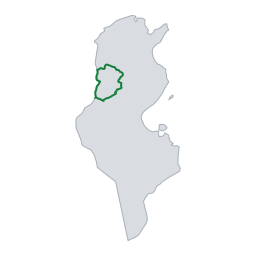 location of Kassérine within Tunisia
{"feature_id": "TUN-110", "entity_name": "Kassérine", "entity_type": "Governorate", "adm_level": 1, "iso_a3": "TUN", "parent_name": "Tunisia", "parent_adm1": "", "projection": "natural_earth1", "projection_center": [8.892, 35.211], "detail": "fine", "context": "in_parent", "style": "outline", "palette": "green", "viewbox_px": 256, "rotation_deg": 0, "n_neighbors": 0, "source": "natural_earth", "source_scale": "10m", "svg_char_len": 3984}
<svg xmlns="http://www.w3.org/2000/svg" viewBox="0 0 256 256"><path d="M179.2,147.0L179.1,147.8L178.3,153.8L178.1,156.0L178.0,159.7L178.0,164.1L180.1,167.8L180.1,169.5L179.4,171.4L175.6,173.5L170.7,176.3L166.5,179.0L161.9,181.9L160.5,183.8L158.2,185.3L156.3,186.7L155.9,188.1L154.6,190.7L152.8,192.8L148.4,193.8L147.6,194.5L145.6,197.6L144.7,198.9L143.5,201.5L145.0,208.2L146.9,215.2L147.3,218.1L147.2,220.5L146.2,223.1L143.9,226.8L142.2,229.5L138.9,234.4L137.9,235.6L135.6,237.1L131.2,239.0L128.1,240.6L126.5,233.2L125.1,226.8L124.0,221.5L122.1,212.2L120.4,204.3L118.7,196.5L117.2,189.3L115.7,182.2L115.1,181.1L110.5,177.7L106.4,174.6L102.0,171.1L97.3,167.2L96.6,162.4L94.2,155.1L91.7,151.0L90.7,149.9L85.6,147.3L82.6,145.4L81.8,144.2L81.3,141.3L79.2,135.4L76.8,130.0L76.0,126.4L75.9,121.8L76.3,118.5L77.4,117.1L82.4,113.0L84.7,108.1L87.6,106.2L90.0,104.8L92.0,103.2L93.8,100.6L95.2,97.8L95.4,94.8L96.0,90.0L96.9,86.7L99.0,82.9L98.2,79.9L97.0,76.6L97.4,71.0L97.1,68.7L96.2,66.6L95.3,64.0L95.3,61.8L96.2,56.1L96.8,51.8L97.9,46.1L97.5,44.5L96.8,43.3L94.4,42.1L94.3,41.3L94.9,40.5L98.5,37.7L100.4,33.7L102.0,32.8L104.4,31.4L104.3,29.8L103.8,28.1L110.0,26.2L116.0,21.2L118.1,20.0L132.0,15.4L133.8,15.7L135.8,16.4L135.2,18.1L134.4,19.4L135.6,21.8L137.3,20.4L136.9,19.4L136.8,18.1L139.6,18.0L142.2,18.2L144.9,19.6L144.8,25.0L148.5,30.4L147.4,33.0L150.5,34.6L153.2,32.7L154.5,29.9L159.5,28.3L164.1,24.2L166.7,23.8L167.4,27.2L168.6,30.1L166.9,31.1L164.6,34.2L160.4,42.1L156.4,44.5L153.4,47.5L152.5,49.7L152.2,52.2L153.0,56.7L155.2,61.3L157.7,64.1L160.1,64.9L165.8,69.3L165.7,71.9L166.5,75.0L166.8,78.8L168.8,81.8L164.7,88.3L162.4,93.1L157.9,99.6L154.0,103.8L145.4,110.1L143.3,112.2L141.9,114.4L141.3,116.6L141.5,119.3L144.4,125.8L148.2,129.7L152.0,131.8L158.7,130.9L158.5,133.4L158.9,136.5L161.7,136.3L163.5,135.8L165.0,132.9L168.3,134.9L170.0,141.1L172.8,143.0L173.1,143.7L172.1,144.1L171.4,144.9L172.2,145.4L174.9,146.1L176.5,145.6L179.2,147.0ZM165.0,129.9L164.3,130.0L163.0,130.9L162.4,131.0L160.5,130.0L159.8,130.0L158.9,129.3L159.2,125.6L159.5,124.6L164.0,124.5L166.5,126.7L166.9,127.2L167.0,127.9L165.9,129.1L165.0,129.9ZM173.0,97.2L169.0,99.5L169.8,97.5L172.4,95.1L173.1,95.7L173.0,97.2Z" fill="#d9dde1" stroke="#a8b0b8" stroke-width="1"/><path d="M95.5,97.6L95.7,97.3L95.8,96.9L95.3,93.7L95.3,92.5L95.5,91.3L96.2,89.6L96.6,87.2L97.0,86.1L98.2,84.8L99.7,82.4L100.0,81.7L99.1,81.0L98.0,80.7L97.1,80.2L96.5,79.1L96.3,77.8L96.4,76.6L96.6,75.5L97.6,73.3L97.6,72.4L97.3,69.7L97.8,69.6L98.6,69.6L98.9,69.4L99.3,69.0L100.2,68.3L100.5,68.2L100.8,68.1L101.0,68.1L102.3,68.7L102.6,68.8L103.8,68.9L104.4,68.8L104.6,68.5L104.6,68.3L104.7,67.9L104.8,66.6L104.9,66.3L105.0,66.1L105.1,65.8L105.1,65.7L105.3,65.5L105.5,65.3L106.1,64.8L106.4,64.6L106.6,64.5L106.9,64.6L108.9,65.2L113.3,67.0L114.6,67.1L116.2,69.4L116.7,70.0L116.8,70.0L117.0,70.0L117.5,69.8L117.8,69.8L118.8,70.3L119.0,70.4L119.2,70.6L119.5,71.3L119.7,71.6L119.8,71.7L120.0,71.8L120.6,71.9L121.2,72.2L122.1,72.8L122.3,72.9L122.5,73.2L122.6,73.4L122.8,73.7L122.9,74.0L122.8,74.7L122.7,75.2L122.6,75.4L122.5,75.6L122.2,75.9L121.9,76.2L121.0,76.8L120.7,76.9L120.5,77.2L120.4,77.3L120.3,77.6L120.0,78.4L119.9,78.6L119.4,79.1L119.2,79.3L118.9,79.6L118.5,80.6L118.4,81.1L118.3,81.4L118.3,81.5L118.4,81.8L118.5,81.9L118.7,82.0L118.8,82.1L120.7,82.7L121.0,82.8L121.2,83.0L121.3,83.1L121.3,83.3L121.3,83.7L121.1,85.1L121.1,85.5L121.1,86.0L121.2,86.3L121.3,86.7L121.5,87.2L121.5,87.3L121.5,87.5L121.4,87.9L121.2,88.1L120.5,88.4L119.2,88.9L118.2,89.4L117.9,89.4L117.4,89.3L117.1,89.5L116.9,89.8L116.7,90.2L116.7,90.3L116.5,90.8L116.3,91.0L115.5,92.0L115.3,92.2L115.2,92.4L115.3,92.5L115.4,92.8L115.5,92.9L115.6,93.0L116.0,93.2L116.0,93.3L115.9,93.6L109.6,97.3L108.8,97.7L108.3,97.9L107.2,98.0L106.9,98.1L104.3,99.5L104.1,99.6L103.8,99.8L103.8,100.0L103.7,100.1L103.6,100.6L103.5,100.9L103.3,100.9L102.9,100.7L101.1,99.7L100.8,99.4L98.0,98.5L97.5,98.2L97.2,97.9L96.8,97.7L95.8,97.6L95.5,97.6Z" fill="none" stroke="#15803d" stroke-width="2"/></svg>